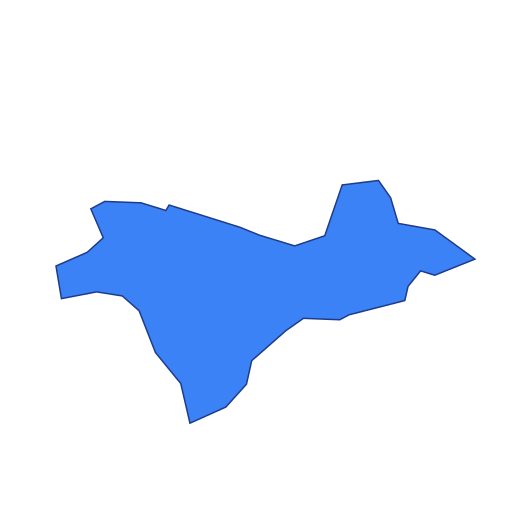 Daedeok-gu, Daejeon, South Korea, rotated 242°
{"feature_id": "91817680B29564477042831", "entity_name": "Daedeok-gu", "entity_type": "district", "adm_level": 2, "iso_a3": "KOR", "parent_name": "South Korea", "parent_adm1": "Daejeon", "projection": "mercator", "projection_center": [127.445, 36.4], "detail": "fine", "context": "isolated", "style": "filled", "palette": "blue", "viewbox_px": 512, "rotation_deg": 242, "n_neighbors": 0, "source": "geoboundaries", "source_scale": "gbopen_adm2", "svg_char_len": 612}
<svg xmlns="http://www.w3.org/2000/svg" viewBox="0 0 512 512"><g transform="rotate(242 256 256)"><path d="M139.4,119.2L136.8,158.5L147.3,187.4L165.6,203.1L176.1,247.6L178.7,268.6L160.4,300.0L160.4,310.5L146.8,366.5L157.8,376.0L165.6,394.3L155.1,404.8L150.5,447.8L195.0,426.2L218.0,396.9L244.2,402.2L265.2,399.6L278.3,365.5L241.6,326.2L246.8,294.8L273.0,268.6L288.7,255.5L341.8,203.2L338.5,197.8L356.9,179.5L375.2,148.1L375.2,132.3L343.8,129.7L338.5,108.8L341.1,74.7L309.7,64.2L299.2,98.3L283.5,119.2L262.5,127.1L218.0,121.9L178.7,129.7L139.4,119.2Z" fill="#3b82f6" stroke="#1e3a8a" stroke-width="1.5"/></g></svg>